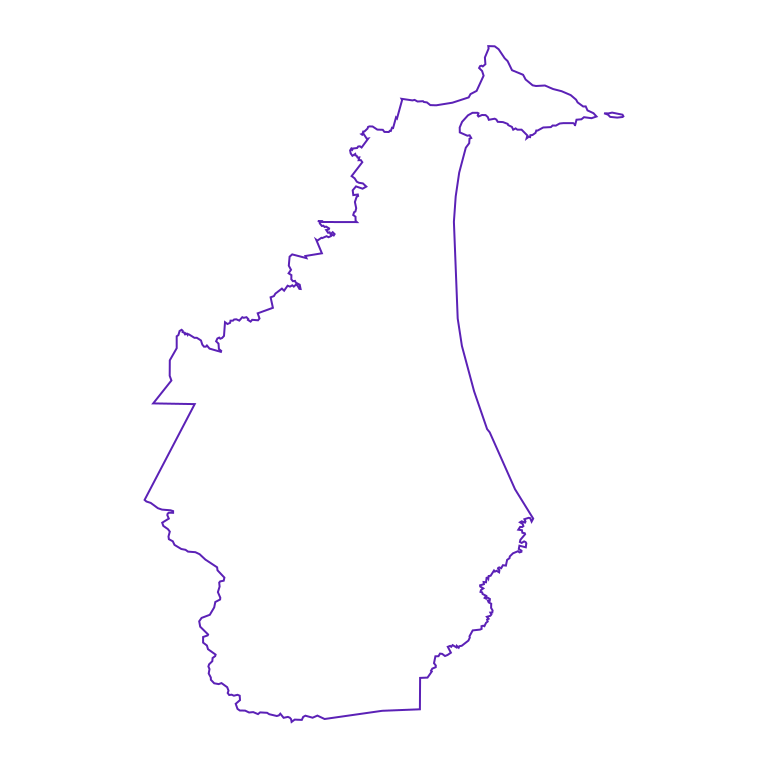 Wairoa District, Hawke's Bay, New Zealand (Mercator projection), rotated 270°
{"feature_id": "76426892B8336521277252", "entity_name": "Wairoa District", "entity_type": "district", "adm_level": 2, "iso_a3": "NZL", "parent_name": "New Zealand", "parent_adm1": "Hawke's Bay", "projection": "mercator", "projection_center": [177.459, -38.945], "detail": "fine", "context": "isolated", "style": "outline", "palette": "violet", "viewbox_px": 768, "rotation_deg": 270, "n_neighbors": 0, "source": "geoboundaries", "source_scale": "gbopen_adm2", "svg_char_len": 6118}
<svg xmlns="http://www.w3.org/2000/svg" viewBox="0 0 768 768"><g transform="rotate(270 384 384)"><path d="M49.0,324.6L57.2,382.2L58.7,419.9L90.1,420.1L90.4,427.5L96.5,431.8L97.2,431.0L99.4,432.3L100.8,435.7L102.5,435.8L104.8,434.0L111.7,435.4L111.8,438.5L114.4,440.0L114.1,442.2L112.0,445.0L113.0,447.5L115.3,450.9L121.2,447.8L122.1,450.1L121.2,451.2L122.9,452.6L120.6,456.5L122.1,456.8L120.3,458.7L121.8,459.4L122.2,461.7L127.4,468.4L130.4,469.8L131.7,469.5L137.6,472.7L138.4,480.0L139.1,481.6L141.8,481.5L142.3,483.2L141.8,484.4L145.1,486.0L146.5,487.7L148.4,487.1L149.2,488.6L151.2,486.9L152.2,490.3L153.5,491.4L155.4,490.4L155.5,492.3L157.5,492.6L160.1,491.1L164.3,491.2L165.6,488.7L167.4,487.9L167.2,489.7L169.0,489.9L170.6,487.2L169.4,486.0L170.1,484.6L172.2,486.1L174.0,482.6L175.6,482.2L176.1,480.5L177.9,481.0L179.6,483.3L181.5,480.2L182.7,480.1L183.8,483.9L186.0,483.6L185.7,486.0L190.2,486.6L190.5,487.6L189.3,488.3L192.0,488.7L192.2,490.6L197.5,494.0L196.4,494.9L197.2,496.6L195.7,499.1L198.0,499.4L199.3,498.0L200.2,498.3L200.6,499.3L199.8,501.2L202.8,502.9L202.4,505.9L208.1,507.1L209.8,509.5L211.6,509.8L214.7,513.0L216.8,518.0L215.6,519.5L216.2,521.4L217.3,521.5L219.0,518.8L222.3,519.4L220.7,525.8L224.7,526.3L225.9,525.6L226.6,524.1L225.1,521.7L226.0,519.9L228.2,520.4L233.8,525.1L234.8,524.7L235.2,522.4L237.8,521.9L238.3,518.3L241.1,520.1L241.0,522.2L241.9,523.4L244.0,522.7L245.7,520.0L246.7,521.7L245.4,525.0L246.4,525.5L248.8,524.4L250.2,528.7L249.8,530.2L246.4,531.6L249.4,533.2L278.8,515.0L335.7,489.7L338.9,487.1L376.7,474.1L422.1,461.9L449.5,457.7L546.2,453.9L571.6,455.7L595.4,459.2L620.3,465.8L624.8,469.2L629.3,469.5L630.0,471.2L632.7,469.6L632.3,467.3L635.6,459.8L640.5,459.7L646.2,462.1L652.7,468.0L655.2,472.5L655.2,477.6L654.7,478.5L652.5,477.7L651.5,478.5L653.0,482.0L652.9,485.6L650.9,487.8L648.2,488.8L649.3,494.7L648.4,496.4L646.2,497.7L645.9,503.0L644.1,507.7L642.9,508.2L641.1,511.9L638.3,513.2L639.6,515.6L638.3,517.4L638.3,521.6L632.5,527.4L629.6,526.6L631.2,528.7L630.9,530.1L632.8,530.4L633.0,532.5L635.1,535.5L637.5,536.3L637.4,537.5L640.5,543.2L640.9,550.9L642.5,552.6L642.4,555.9L644.5,559.7L644.9,563.7L644.9,573.1L643.7,574.9L642.0,574.9L648.3,576.5L648.7,581.4L650.8,584.0L649.8,591.5L651.5,596.5L654.8,593.5L657.6,587.5L661.6,585.7L661.5,583.2L665.6,577.6L668.3,576.1L672.9,570.7L676.8,561.6L679.0,553.0L682.5,544.9L682.0,536.0L682.7,532.6L688.5,525.6L693.2,523.1L697.8,512.0L706.9,507.6L709.7,504.7L718.8,498.6L721.7,494.7L721.9,488.3L719.4,488.6L710.5,484.9L703.8,485.4L701.6,482.8L702.3,481.6L701.9,480.1L700.0,479.1L697.0,482.1L692.3,483.6L677.1,476.6L673.9,470.5L670.6,468.7L665.3,452.4L662.7,436.2L662.9,430.3L665.6,426.9L666.0,423.9L666.8,423.0L666.5,417.5L668.1,414.6L667.6,412.5L669.2,401.5L668.0,402.1L649.5,397.0L650.6,396.0L640.0,393.1L640.3,392.0L637.0,390.8L637.2,389.8L636.0,388.8L636.1,384.4L638.2,382.8L638.4,377.3L641.5,372.6L641.6,369.5L641.1,368.1L639.4,367.5L636.5,364.4L636.5,363.2L634.1,362.5L633.8,361.5L633.2,362.3L634.1,363.6L629.1,366.9L629.4,368.2L620.5,361.6L621.7,359.9L621.5,358.2L620.0,357.1L619.5,353.0L618.0,352.1L618.5,351.4L620.4,351.9L617.6,350.1L614.6,350.7L612.2,352.4L614.0,355.2L612.6,355.4L612.3,356.6L610.4,357.6L610.6,359.3L607.8,358.6L607.9,360.8L605.8,362.3L591.9,351.6L589.7,354.6L586.3,356.8L585.2,359.0L584.6,362.9L581.4,366.3L579.3,362.6L581.6,356.0L577.7,352.7L572.9,353.3L573.5,357.8L572.0,358.1L571.1,356.6L566.0,354.9L559.8,356.2L556.5,355.4L555.8,354.1L553.0,353.2L551.3,355.5L547.2,355.6L545.9,356.9L546.0,322.2L546.9,322.2L547.0,317.9L545.9,320.3L544.6,319.8L542.0,321.9L542.3,323.4L541.0,324.6L541.4,326.1L539.6,329.1L538.5,328.7L538.0,326.2L535.2,328.1L535.7,329.6L533.8,330.6L535.8,332.7L533.9,334.6L532.5,333.7L533.2,331.8L531.9,331.0L530.8,328.5L531.8,326.6L529.9,322.2L530.2,321.4L527.4,317.4L528.3,316.2L514.7,321.9L512.0,305.4L509.9,306.4L513.6,292.2L511.3,289.6L502.3,288.8L498.2,291.0L494.7,288.6L492.9,291.4L488.7,291.3L486.8,292.9L487.1,295.0L485.4,295.8L483.3,299.7L479.0,300.6L479.1,299.4L482.5,297.4L483.3,295.9L481.4,293.8L482.7,292.3L481.4,290.0L482.3,287.6L477.3,284.1L479.4,281.9L474.4,275.4L471.9,273.9L470.7,270.6L460.2,272.9L454.7,257.7L449.5,259.5L447.7,258.0L448.2,252.2L446.4,250.6L448.1,247.9L448.9,248.3L450.8,246.5L450.2,243.7L450.8,242.3L447.4,239.3L448.7,236.3L448.5,234.1L447.3,232.9L447.3,230.5L445.2,230.1L444.0,227.5L445.8,225.0L432.1,224.0L430.0,222.1L429.3,220.3L430.4,219.2L429.5,217.4L426.7,216.1L424.4,218.5L419.0,218.9L417.1,221.2L416.1,220.9L419.4,209.5L422.5,206.9L421.3,205.8L421.3,204.0L423.4,202.3L427.5,201.0L428.7,199.2L430.2,196.8L430.2,194.4L433.5,189.1L433.9,188.0L433.3,187.7L434.2,187.3L433.8,186.0L434.6,185.6L433.9,184.9L435.6,183.9L435.9,182.6L437.2,182.7L438.2,181.6L437.0,179.6L432.9,178.4L431.7,176.7L419.8,176.7L407.7,169.8L392.2,169.7L387.5,171.4L364.6,153.2L363.9,194.7L268.1,144.6L266.5,146.4L265.1,150.7L259.8,157.9L258.4,162.0L257.7,170.6L256.9,173.1L255.2,173.1L255.3,168.9L254.4,167.7L252.9,167.3L249.4,168.8L245.3,162.2L242.1,163.3L238.9,167.9L236.4,169.8L231.5,168.5L228.8,168.9L226.7,172.8L223.1,174.5L219.0,181.3L218.2,185.5L216.4,188.0L215.8,195.4L213.8,199.6L208.4,205.4L200.7,217.1L197.7,217.5L190.4,224.4L187.3,223.7L186.6,220.2L185.4,219.2L181.4,219.6L175.9,217.9L170.3,220.3L168.5,220.1L166.0,215.3L160.6,214.2L153.2,209.8L150.1,201.6L146.7,199.2L141.3,200.2L133.5,208.1L132.6,207.7L131.0,203.1L125.4,203.1L122.5,206.9L118.8,208.0L113.4,215.6L111.9,215.2L110.0,212.6L106.8,212.3L103.7,209.1L101.5,208.4L98.9,209.5L94.5,208.7L90.5,210.8L88.2,210.9L84.7,214.2L83.9,218.7L84.9,221.5L80.8,227.2L77.3,228.5L75.0,227.7L73.0,229.2L73.3,231.6L72.3,233.9L73.2,237.5L72.3,239.7L67.9,240.0L64.2,235.7L59.1,237.5L57.5,239.8L57.4,245.1L55.5,249.1L55.9,253.2L53.9,258.0L55.6,260.1L55.2,267.1L53.8,269.2L52.0,276.8L52.6,278.9L54.3,280.3L50.2,283.6L51.1,287.9L50.3,289.8L48.8,291.1L46.1,291.6L48.4,294.7L48.1,301.8L51.1,303.2L52.3,305.4L50.3,312.6L52.4,317.4L49.0,324.6ZM653.3,622.5L655.4,612.1L654.6,608.5L654.7,604.1L653.4,607.9L651.1,610.2L650.4,617.2L651.0,622.6L651.7,623.4L653.3,622.5Z" fill="none" stroke="#5b21b6" stroke-width="2"/></g></svg>